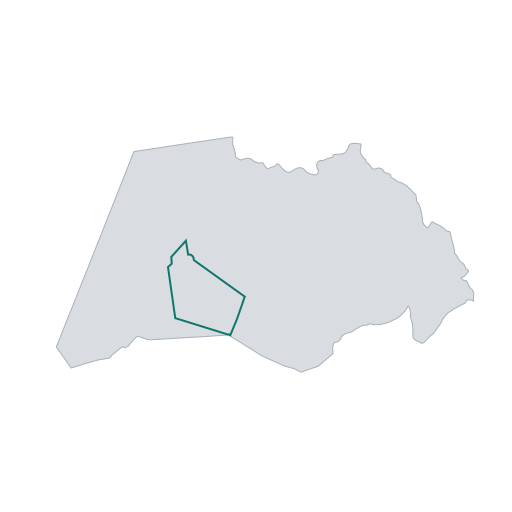 location of Borkou Yala, Borkou, Chad, rotated 262°
{"feature_id": "50815135B13621547433724", "entity_name": "Borkou Yala", "entity_type": "district", "adm_level": 2, "iso_a3": "TCD", "parent_name": "Chad", "parent_adm1": "Borkou", "projection": "robinson", "projection_center": [17.629, 17.462], "detail": "fine", "context": "in_parent", "style": "outline", "palette": "teal", "viewbox_px": 512, "rotation_deg": 262, "n_neighbors": 0, "source": "geoboundaries", "source_scale": "gbopen_adm2", "svg_char_len": 4025}
<svg xmlns="http://www.w3.org/2000/svg" viewBox="0 0 512 512"><g transform="rotate(262 256 256)"><path d="M376.4,149.6L376.5,161.4L376.6,173.1L376.8,184.9L376.9,196.6L377.0,208.4L377.1,220.2L377.2,231.9L377.3,243.7L377.3,247.6L377.1,249.1L376.9,249.3L376.5,249.6L371.0,248.5L368.6,248.5L365.3,249.3L360.3,249.8L357.1,249.6L355.0,251.6L353.2,254.1L354.1,259.9L353.9,261.9L353.3,263.9L351.8,265.6L350.3,267.0L349.4,268.2L348.3,270.8L347.5,272.0L347.6,273.7L347.3,275.4L346.4,276.4L344.1,277.0L342.6,277.8L341.5,279.1L340.7,280.0L341.1,281.2L341.7,282.9L342.0,285.5L342.3,287.0L343.4,288.2L344.1,289.1L344.3,290.2L343.7,291.1L340.9,293.0L339.8,293.7L338.5,294.7L338.0,295.0L335.9,296.8L334.9,298.4L334.4,299.8L334.4,301.6L335.5,304.3L336.6,306.7L337.1,308.4L337.4,310.3L337.3,312.2L336.7,313.7L335.7,315.2L331.8,317.9L329.9,320.8L328.4,324.4L328.0,326.4L328.4,327.7L329.3,328.8L330.4,329.3L332.1,329.5L334.9,328.9L337.5,328.5L340.2,329.8L341.7,332.8L341.1,335.0L342.2,339.0L343.1,343.8L343.1,345.4L343.5,346.0L345.2,346.3L345.6,347.5L345.1,355.9L345.9,358.3L347.0,360.0L348.3,360.8L349.7,362.0L350.3,362.7L351.9,362.9L353.6,364.5L354.0,366.5L353.9,368.5L353.0,372.8L352.2,375.7L351.2,375.5L349.2,374.8L346.7,374.1L343.7,373.6L340.8,374.8L337.7,376.3L336.8,377.5L335.9,378.1L334.5,378.0L333.3,378.2L332.6,379.3L331.5,380.5L327.0,383.0L326.1,383.9L325.5,384.8L325.5,385.7L326.0,387.7L326.0,390.2L325.0,392.3L323.8,393.6L322.5,394.1L321.4,394.4L320.7,395.3L318.4,399.9L317.4,400.7L315.3,400.6L309.4,407.5L308.8,409.5L306.7,412.4L304.0,415.6L301.5,417.1L301.3,417.7L300.7,418.3L299.2,419.0L294.0,422.9L287.7,422.7L285.0,424.3L282.3,425.0L278.4,425.7L277.2,425.6L272.1,426.0L266.2,425.8L264.0,426.4L261.9,427.9L260.3,429.2L260.0,429.6L260.3,430.1L260.2,430.6L264.4,433.8L265.4,435.3L264.4,436.8L263.9,437.1L263.1,438.3L260.7,441.9L257.0,446.2L255.1,447.4L254.4,448.2L253.4,451.0L252.8,451.4L250.2,451.8L245.2,452.1L238.3,453.0L234.1,453.3L231.5,453.0L227.9,455.0L226.6,455.5L225.8,455.7L222.2,457.5L219.2,460.5L218.1,461.0L213.9,462.3L212.3,464.3L211.5,464.4L208.8,461.8L206.9,459.4L206.0,456.9L205.9,456.2L205.4,456.3L203.9,457.4L202.7,458.6L202.1,461.0L197.7,462.5L194.0,463.9L192.3,465.6L189.7,466.4L186.3,466.1L183.7,465.4L181.2,465.2L182.4,463.0L182.9,461.5L183.0,459.5L182.8,458.2L181.3,457.5L180.3,456.5L178.2,450.4L175.9,444.1L172.8,437.9L169.4,434.0L166.9,431.6L166.1,431.3L164.8,430.5L163.9,429.8L159.4,425.6L154.6,420.9L153.4,418.7L151.1,415.5L148.4,412.2L147.1,410.7L146.4,408.0L148.3,405.6L150.2,402.5L152.6,400.4L155.7,400.3L160.8,401.1L166.3,401.4L171.8,400.8L173.2,400.4L174.6,400.4L177.6,401.1L182.7,400.9L185.3,399.7L182.5,397.6L179.4,394.2L176.6,390.5L174.8,387.1L173.3,382.8L171.8,377.5L170.9,370.6L171.1,366.6L171.5,363.8L173.1,359.3L172.1,356.6L172.3,354.5L172.2,351.3L171.7,349.6L169.7,344.3L169.3,343.8L167.5,340.1L166.8,334.0L164.8,329.9L161.6,328.0L159.8,325.6L159.2,321.4L157.9,320.3L152.9,318.8L148.7,318.8L145.7,314.0L141.8,307.9L138.2,302.3L136.0,290.9L134.7,284.5L136.2,282.5L139.2,277.9L143.0,269.0L151.6,255.4L156.0,248.4L164.8,237.9L175.5,225.1L181.6,217.8L182.6,204.7L183.6,190.7L184.5,180.2L185.5,167.7L186.3,157.3L186.9,149.7L187.8,138.9L188.5,136.8L192.7,128.4L193.0,127.2L192.2,125.8L186.3,118.6L184.4,117.0L183.4,113.3L184.9,111.2L177.8,99.2L176.0,97.7L175.3,96.2L175.2,94.0L175.1,85.7L173.3,72.6L170.8,57.4L179.2,53.1L185.6,49.8L193.7,45.6L201.2,49.9L212.1,56.1L223.0,62.3L233.9,68.6L244.8,74.8L255.7,81.0L266.6,87.3L277.6,93.5L288.5,99.7L299.5,106.0L310.4,112.2L321.4,118.4L332.4,124.7L343.4,130.9L354.4,137.2L365.4,143.4L376.4,149.6Z" fill="#d9dde1" stroke="#a8b0b8" stroke-width="1"/><path d="M280.9,188.7L278.3,185.6L266.9,172.0L266.7,172.0L260.1,171.5L257.3,167.3L205.7,167.4L182.7,216.1L182.3,216.8L182.3,218.1L181.1,219.5L182.4,220.2L184.0,221.2L188.1,223.6L192.1,226.0L195.9,228.2L209.6,235.3L217.2,239.1L217.3,239.2L236.1,219.5L260.3,194.2L260.9,193.9L262.8,193.9L264.6,193.3L266.1,191.8L266.6,190.9L266.8,189.0L280.9,188.7Z" fill="none" stroke="#0f766e" stroke-width="2"/></g></svg>